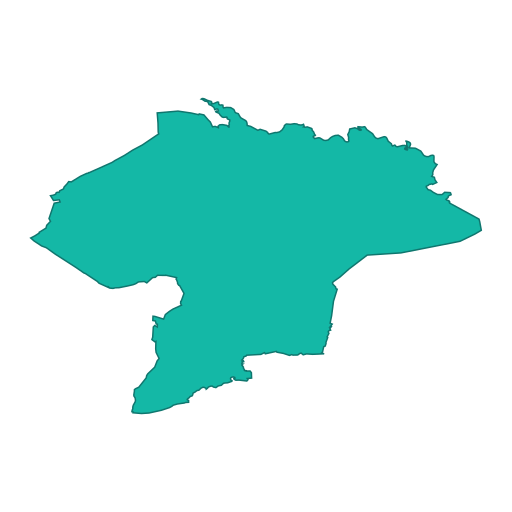 the district of Kombuļu pag., Kraslavas, Latvia
{"feature_id": "27541924B40746189517992", "entity_name": "Kombuļu pag.", "entity_type": "district", "adm_level": 2, "iso_a3": "LVA", "parent_name": "Latvia", "parent_adm1": "Kraslavas", "projection": "natural_earth1", "projection_center": [27.23, 55.975], "detail": "fine", "context": "isolated", "style": "filled", "palette": "teal", "viewbox_px": 512, "rotation_deg": 0, "n_neighbors": 0, "source": "geoboundaries", "source_scale": "gbopen_adm2", "svg_char_len": 6089}
<svg xmlns="http://www.w3.org/2000/svg" viewBox="0 0 512 512"><path d="M337.2,289.2L336.1,288.8L335.8,288.2L335.6,287.0L332.8,284.1L332.5,282.6L333.6,281.5L340.0,277.0L349.0,269.0L367.2,255.1L400.9,252.9L460.0,241.3L474.8,234.1L481.3,230.3L479.7,221.6L479.0,219.1L449.6,203.1L449.1,201.6L449.5,201.6L449.0,200.8L446.7,200.1L446.0,199.3L448.1,197.5L448.2,196.5L448.5,195.9L451.1,194.7L450.6,193.0L450.2,192.6L444.7,192.3L442.3,194.4L441.5,194.6L437.4,194.5L433.2,192.3L430.4,190.2L428.1,189.7L426.2,187.0L426.3,186.2L428.0,185.5L429.1,184.5L431.9,183.9L432.6,184.4L436.8,182.5L434.9,179.7L434.4,177.3L431.7,176.4L432.8,174.7L432.7,172.6L433.5,169.9L437.1,164.5L435.3,163.7L433.9,161.7L434.0,157.1L433.9,156.0L433.6,155.5L432.5,155.2L430.8,155.5L428.6,156.6L426.6,156.6L424.6,155.9L423.6,155.2L420.8,151.1L416.0,148.5L415.2,148.2L409.3,147.9L409.2,147.2L410.0,146.0L410.6,144.1L410.0,142.7L408.7,141.9L406.8,141.2L406.0,141.1L406.0,141.4L406.6,142.2L406.8,142.8L406.7,144.9L407.3,146.3L407.0,147.3L407.7,147.9L406.6,148.7L407.5,149.7L407.2,150.0L405.7,149.6L404.7,149.0L404.8,148.2L406.4,147.4L406.6,147.0L405.9,146.0L404.9,145.4L402.5,145.5L397.3,146.8L395.9,146.4L395.2,145.3L394.7,145.1L392.5,146.0L392.0,145.6L391.4,143.8L388.2,141.2L386.8,138.2L386.0,137.2L384.8,136.7L383.7,136.8L377.9,138.7L376.0,138.1L374.6,136.8L372.6,133.7L366.8,129.6L365.2,127.1L364.5,126.7L362.2,127.1L358.0,126.7L357.9,127.2L358.3,127.7L361.1,129.5L361.2,130.0L360.5,130.3L359.4,130.2L357.5,128.7L354.9,127.8L349.7,129.0L349.2,131.7L347.8,134.5L348.6,137.3L348.5,139.5L348.9,140.9L348.6,141.5L347.5,141.9L346.5,141.9L345.3,141.4L344.5,140.7L343.4,138.8L341.9,137.3L338.3,135.2L335.1,135.5L332.5,136.5L330.6,137.7L328.3,139.9L325.9,140.5L323.8,140.3L319.8,137.9L318.3,137.8L314.6,138.6L313.2,136.9L313.4,136.2L315.1,135.6L315.4,135.2L314.7,134.6L313.6,131.9L312.2,130.3L312.0,128.9L311.5,128.4L307.3,126.9L305.5,127.2L304.3,127.1L304.2,126.7L303.7,126.7L304.1,126.3L304.1,126.0L303.5,124.3L302.0,124.9L300.5,125.0L298.3,124.7L297.0,124.0L294.2,123.7L290.5,124.3L286.5,124.0L285.8,124.3L284.7,125.3L284.2,126.0L284.2,126.8L282.1,129.9L279.6,131.9L276.6,132.6L275.2,132.5L269.1,134.1L267.9,133.2L267.7,132.5L265.9,131.1L260.1,129.3L257.9,130.3L250.7,126.4L247.2,125.5L247.0,123.1L246.4,121.4L245.5,120.5L241.1,118.0L240.1,116.9L238.3,113.7L235.7,112.8L234.9,112.0L234.3,110.3L233.7,109.4L230.7,107.6L226.6,107.4L223.5,107.9L223.1,107.2L222.9,105.2L221.9,104.9L220.2,105.1L219.0,104.6L218.8,104.3L218.5,102.2L217.4,102.0L213.6,103.6L211.7,103.8L211.3,103.4L211.8,102.3L211.3,101.5L207.3,100.3L204.5,98.9L202.9,98.5L202.0,98.6L201.3,99.1L202.3,99.4L205.0,101.2L206.7,101.4L207.8,101.9L209.1,104.6L211.3,105.4L214.0,107.5L214.7,109.6L216.9,108.9L217.8,109.1L218.4,110.9L217.6,111.4L216.3,111.0L215.7,111.6L216.1,112.1L219.0,113.3L220.2,115.1L222.0,116.9L223.3,117.4L226.7,117.1L227.1,117.4L227.1,118.4L227.4,118.9L229.8,120.0L229.8,121.0L229.0,123.1L229.3,124.5L228.7,125.5L229.1,126.9L228.6,127.0L226.9,125.4L222.5,124.6L219.8,124.8L219.1,125.3L218.0,126.3L218.0,126.9L218.4,127.2L218.4,127.7L215.2,126.4L212.5,126.8L210.3,122.0L208.0,119.7L203.9,114.9L199.2,113.9L198.7,114.7L191.1,113.0L178.0,111.1L157.2,112.9L158.0,123.0L158.2,132.1L158.7,133.9L142.3,145.0L132.7,150.1L124.3,155.5L115.0,160.5L112.1,162.4L89.1,172.7L88.8,172.6L88.2,173.1L86.7,173.4L80.4,176.3L71.3,181.9L68.7,181.6L67.2,183.7L64.1,187.0L63.5,188.9L59.7,190.8L59.2,192.3L57.1,192.3L56.1,192.9L55.7,194.2L53.2,195.2L50.5,195.7L53.5,200.5L59.3,199.8L60.1,202.0L54.2,203.2L49.0,218.6L50.5,221.3L46.7,225.3L46.0,228.1L39.2,232.3L39.3,233.0L34.8,235.9L30.7,238.0L34.1,241.0L41.7,246.0L46.3,247.7L55.2,254.1L76.2,267.6L84.1,273.1L85.2,273.4L97.3,281.4L99.0,283.2L108.5,287.5L108.5,287.0L109.8,288.1L113.0,288.4L115.4,287.8L119.0,287.7L127.5,286.0L133.1,284.7L135.7,283.7L138.5,281.9L144.3,281.5L146.8,282.9L152.6,277.6L155.3,277.3L157.5,275.3L165.6,275.4L165.7,275.2L176.6,277.6L176.1,279.2L176.7,280.0L177.6,282.6L177.6,283.6L178.7,285.2L179.7,285.7L184.0,293.4L181.2,301.2L180.7,301.4L180.6,303.5L181.5,305.2L173.1,309.0L169.5,311.3L165.4,314.5L163.6,319.1L154.8,316.4L153.0,316.2L152.8,320.5L155.4,321.0L156.2,324.0L157.4,324.2L157.3,327.0L154.7,325.5L153.3,327.0L152.7,337.2L151.9,339.6L155.0,341.9L155.9,341.4L155.7,348.9L156.1,352.4L159.1,358.5L157.2,360.8L154.7,367.2L147.8,373.8L146.7,375.5L146.2,377.9L138.8,387.2L135.4,388.8L134.4,389.7L134.4,391.2L133.8,395.0L134.0,396.2L135.1,397.8L135.5,400.3L135.2,401.8L133.3,405.2L132.8,407.0L132.8,408.8L132.2,410.1L131.9,411.7L133.3,412.1L133.1,412.8L141.5,413.5L149.1,413.0L161.3,410.3L169.5,407.6L171.9,406.3L173.2,405.2L177.4,404.0L184.3,403.0L185.6,402.5L188.6,402.3L188.6,400.5L187.2,399.7L187.2,399.4L187.6,398.8L189.4,397.5L190.1,396.5L192.1,395.9L192.7,394.9L193.0,393.3L193.4,392.9L195.0,392.1L196.9,390.6L198.9,390.2L201.1,388.1L202.8,387.3L204.0,387.3L206.0,388.3L206.2,389.2L207.5,388.2L208.4,387.0L210.9,386.1L212.5,386.2L213.3,387.0L215.9,387.6L218.3,385.9L221.3,385.3L223.5,383.3L224.9,383.0L227.7,382.8L231.7,381.4L232.1,380.9L230.7,379.8L230.5,378.3L230.8,377.7L231.8,377.2L233.1,376.9L234.7,377.4L235.0,378.0L234.0,378.3L233.8,378.5L233.8,378.8L234.8,379.7L235.8,380.2L239.0,380.1L246.8,381.0L247.7,380.1L248.0,379.4L247.3,378.5L251.6,378.1L251.4,372.7L250.1,371.0L246.8,371.1L246.9,370.9L246.6,370.7L245.0,370.7L244.4,370.4L244.5,369.8L243.5,368.3L243.4,367.0L242.7,366.4L242.5,365.6L242.0,365.4L242.2,364.5L242.7,364.1L242.0,364.1L241.7,363.8L242.2,362.8L242.1,361.7L243.7,361.8L243.8,361.5L243.3,360.7L241.9,360.0L242.4,359.6L243.6,357.8L243.9,356.7L246.0,356.1L246.7,355.2L260.9,354.4L264.5,352.6L265.3,353.8L276.3,351.4L276.9,352.2L283.4,353.4L289.5,355.4L291.6,354.6L293.0,355.1L297.7,355.0L299.8,353.5L301.1,353.1L303.2,354.8L306.5,353.9L312.7,354.3L324.1,353.8L321.6,352.9L322.6,351.7L323.7,346.7L325.3,346.0L325.5,345.1L326.0,343.7L326.0,342.2L327.7,337.5L327.1,336.9L328.9,333.4L328.2,331.8L328.8,330.8L330.6,330.1L329.8,328.8L331.1,326.9L330.0,327.0L332.2,324.1L330.1,323.2L331.6,315.8L333.5,301.2L337.2,289.2Z" fill="#14b8a6" stroke="#0f766e" stroke-width="1.5"/></svg>